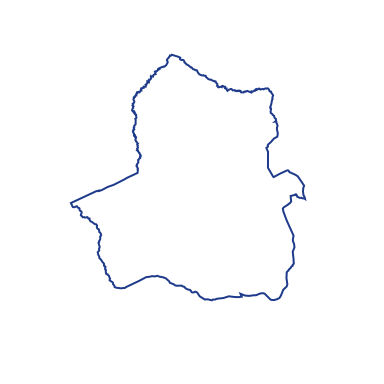 outline of Sikonge, Tabora, United Republic of Tanzania, rotated 65°
{"feature_id": "72390352B96655451787370", "entity_name": "Sikonge", "entity_type": "district", "adm_level": 2, "iso_a3": "TZA", "parent_name": "United Republic of Tanzania", "parent_adm1": "Tabora", "projection": "mercator", "projection_center": [32.873, -6.086], "detail": "fine", "context": "isolated", "style": "outline", "palette": "blue", "viewbox_px": 384, "rotation_deg": 65, "n_neighbors": 0, "source": "geoboundaries", "source_scale": "gbopen_adm2", "svg_char_len": 5956}
<svg xmlns="http://www.w3.org/2000/svg" viewBox="0 0 384 384"><g transform="rotate(65 192 192)"><path d="M150.8,306.4L155.2,306.4L155.8,305.7L156.1,304.9L156.2,302.4L158.2,301.9L158.8,301.1L159.3,300.9L160.8,301.5L162.0,301.2L162.8,300.5L163.4,300.5L164.7,301.1L165.4,302.2L166.3,302.6L167.1,302.1L168.7,301.7L169.3,300.2L169.8,300.0L170.2,299.1L170.6,297.4L172.4,297.1L172.7,296.1L174.5,296.6L175.8,296.3L176.9,295.3L179.8,293.8L180.9,292.4L182.3,292.2L183.0,292.8L184.5,293.3L185.6,293.0L186.5,292.2L189.2,292.9L190.0,292.4L191.6,292.3L192.9,292.7L193.6,294.1L195.5,294.8L197.1,296.4L197.3,297.1L198.1,297.3L198.5,298.2L202.8,298.9L204.4,300.4L205.9,300.9L206.7,302.9L209.3,303.5L211.2,303.3L212.8,303.9L214.7,303.1L217.8,302.7L219.1,302.2L220.1,302.1L221.5,302.9L222.0,302.4L222.6,302.6L223.4,302.1L224.6,303.1L225.7,303.4L226.1,303.0L228.2,304.0L230.2,304.3L231.1,303.2L231.6,303.3L232.8,302.7L234.9,303.0L236.0,302.9L236.5,303.6L237.3,304.0L240.3,302.1L241.1,302.0L242.3,302.5L244.0,301.9L245.4,302.3L246.6,301.3L249.2,297.2L250.6,293.3L250.3,292.1L250.2,277.4L249.8,269.5L250.8,266.5L251.4,263.7L252.8,261.4L253.3,258.9L255.1,257.1L256.9,254.5L259.0,252.3L263.1,250.5L265.1,250.3L267.6,247.8L269.7,246.6L270.5,245.4L272.6,240.8L273.6,240.4L274.7,239.0L276.2,238.7L278.2,237.4L279.9,235.2L281.2,234.7L282.2,234.8L283.1,234.3L283.8,232.7L283.7,231.2L284.0,230.8L285.3,229.8L289.8,229.1L295.0,225.7L295.2,224.5L296.2,222.7L298.6,219.7L298.3,218.5L299.2,216.5L299.3,214.5L301.4,208.2L302.1,202.7L305.5,197.2L307.1,193.9L307.9,191.2L304.7,191.1L308.2,187.8L310.3,184.2L311.8,179.3L312.6,177.8L312.8,172.9L313.9,170.1L314.9,169.1L322.2,166.5L323.3,165.7L324.6,163.4L325.1,160.2L325.0,157.4L323.3,155.0L319.1,150.5L317.7,146.2L316.0,144.6L310.0,142.8L304.9,140.1L304.1,138.8L304.0,137.8L303.2,136.9L302.5,134.7L301.4,133.1L301.5,132.1L300.5,131.4L300.3,130.6L299.5,129.7L297.3,129.1L296.3,128.5L288.8,126.0L285.4,122.5L282.1,121.4L279.3,121.3L277.7,120.7L274.5,118.4L257.8,118.2L248.7,117.5L245.4,116.7L244.7,115.4L244.0,110.3L243.6,109.5L243.7,108.6L242.6,106.2L237.3,104.3L238.1,100.2L237.8,99.4L238.1,98.8L238.8,98.9L238.9,98.5L240.4,98.6L240.4,98.4L241.2,98.2L242.8,96.9L243.4,95.4L244.3,94.7L245.3,93.0L246.1,92.5L244.1,92.1L242.1,92.3L238.4,91.2L235.5,89.5L233.6,87.7L222.5,89.5L220.0,91.1L215.1,95.3L213.3,95.5L212.9,96.0L212.6,97.0L212.6,105.2L213.0,111.7L212.4,112.0L202.1,112.9L187.7,106.1L183.5,106.0L183.0,104.0L181.6,103.6L181.1,102.9L180.1,99.4L178.2,95.2L177.9,91.3L175.1,89.4L170.9,88.5L169.3,87.6L168.5,86.7L167.5,86.3L165.1,86.2L163.9,85.8L163.6,85.8L163.3,86.8L163.0,85.7L161.2,85.1L160.2,85.7L158.6,85.7L157.7,85.4L156.4,86.2L155.2,86.3L153.7,87.2L152.2,86.7L150.4,85.4L149.6,85.6L149.3,85.1L148.7,85.4L148.1,85.3L146.5,83.5L142.5,80.6L141.9,79.7L140.6,79.4L138.6,77.6L135.2,78.2L134.5,77.9L133.5,79.1L131.7,78.9L130.0,79.6L129.7,80.9L129.1,81.8L129.2,83.7L128.6,84.1L128.0,86.6L127.2,86.9L126.8,87.3L127.0,87.8L126.5,88.1L126.7,89.6L126.1,90.0L126.4,90.3L126.1,90.7L126.6,90.9L126.3,91.3L126.8,92.1L126.3,92.4L126.7,94.1L126.6,95.1L126.3,95.2L127.0,96.1L126.7,96.5L125.7,96.8L125.5,97.6L123.7,99.2L123.8,100.5L123.7,101.2L123.3,101.3L123.1,102.4L123.6,103.1L122.4,105.4L120.9,105.3L120.8,105.7L120.4,105.9L120.5,106.6L119.9,106.8L119.9,107.7L119.5,107.8L119.4,109.1L118.4,109.7L118.5,110.1L117.8,110.3L117.1,112.1L115.4,112.7L115.0,113.4L114.9,115.2L115.3,117.1L113.5,117.4L112.8,116.9L111.9,118.2L110.7,117.5L110.0,118.6L109.2,119.0L108.7,119.6L108.8,120.3L109.5,120.7L108.8,121.4L108.3,123.9L107.2,124.2L106.9,123.8L106.4,123.8L106.1,124.2L105.6,123.7L104.6,123.4L103.6,123.9L101.7,123.9L101.4,124.8L100.6,125.1L100.5,125.6L99.1,126.8L98.3,127.1L97.8,128.3L96.3,129.6L93.3,130.8L92.6,130.5L92.2,130.9L91.5,132.1L90.9,132.4L90.8,133.3L90.2,134.1L88.3,135.7L85.8,136.2L84.0,136.1L83.6,136.3L83.2,137.3L82.0,138.0L81.2,139.1L78.8,139.8L78.7,140.3L74.7,142.3L74.1,143.1L73.1,143.2L71.3,144.1L70.5,143.7L68.8,144.0L68.2,144.7L68.0,145.7L66.7,146.7L66.2,146.7L65.3,145.9L63.8,147.1L59.1,152.3L59.5,153.2L58.9,154.3L59.6,154.7L60.0,155.9L60.6,156.6L61.0,158.1L62.2,159.2L63.4,158.9L64.5,159.5L66.2,161.9L66.7,164.0L66.2,164.8L66.5,165.6L66.0,166.6L66.1,168.8L67.0,169.5L66.9,169.8L66.0,169.8L66.0,170.2L66.3,171.0L67.0,171.2L67.3,171.7L67.6,173.0L67.1,174.4L67.3,174.8L68.2,174.4L68.8,175.1L69.8,175.2L69.5,176.6L69.9,177.9L70.9,178.5L70.3,179.9L69.6,180.2L69.9,180.5L71.5,180.9L71.6,181.4L72.3,181.8L72.6,183.3L72.1,183.6L72.5,184.3L73.9,184.3L74.4,184.7L73.1,185.8L74.3,186.2L74.4,187.0L74.9,187.3L75.1,188.5L75.7,188.3L76.0,188.9L77.0,189.5L76.1,191.3L77.2,191.7L76.6,194.2L78.3,194.8L77.8,195.3L78.7,196.0L79.4,197.3L78.9,197.5L78.3,199.5L78.8,200.1L79.2,199.7L79.6,199.8L79.7,201.1L80.1,201.6L81.0,201.7L80.8,202.7L81.7,203.5L81.3,204.1L81.6,204.6L82.2,204.8L82.1,205.1L83.7,206.1L85.3,205.9L86.0,206.2L86.9,207.4L86.9,208.3L87.6,208.3L88.4,209.3L88.8,208.9L89.7,208.8L90.0,209.5L91.0,209.8L91.2,210.5L92.6,211.8L93.9,211.5L94.1,210.4L95.7,210.3L95.6,211.1L97.3,210.8L98.2,210.0L98.7,210.5L99.8,210.5L100.9,210.9L101.5,211.4L101.7,212.5L102.9,212.6L106.9,214.6L107.5,216.3L108.9,217.0L108.9,217.5L109.7,217.6L110.5,218.5L110.9,218.1L111.8,219.8L112.7,219.7L113.2,220.2L114.6,219.9L116.3,220.7L116.5,219.8L117.0,220.0L117.5,219.8L117.5,220.1L118.1,219.9L118.4,220.3L119.2,219.8L120.8,221.3L123.1,221.2L123.7,220.9L125.1,221.0L125.3,220.7L126.0,221.7L127.1,221.5L128.0,222.3L128.9,222.2L129.8,223.1L129.7,223.5L130.4,223.8L131.0,223.6L131.1,224.1L131.7,223.7L132.2,223.8L132.5,223.5L134.0,223.5L134.3,223.1L135.9,223.3L136.6,223.0L137.3,223.6L137.8,223.3L138.3,224.4L138.6,224.7L139.2,224.5L140.2,227.3L140.8,227.3L141.1,227.7L141.9,227.8L142.7,228.4L143.8,230.5L144.3,230.6L145.0,231.3L145.5,230.9L146.2,231.2L147.9,231.1L148.5,231.8L149.1,231.7L151.7,233.3L151.7,245.2L152.0,247.5L152.4,260.1L151.8,266.2L152.1,272.6L151.9,275.7L151.3,275.7L151.3,276.9L150.8,278.5L150.8,306.4Z" fill="none" stroke="#1e3a8a" stroke-width="2"/></g></svg>